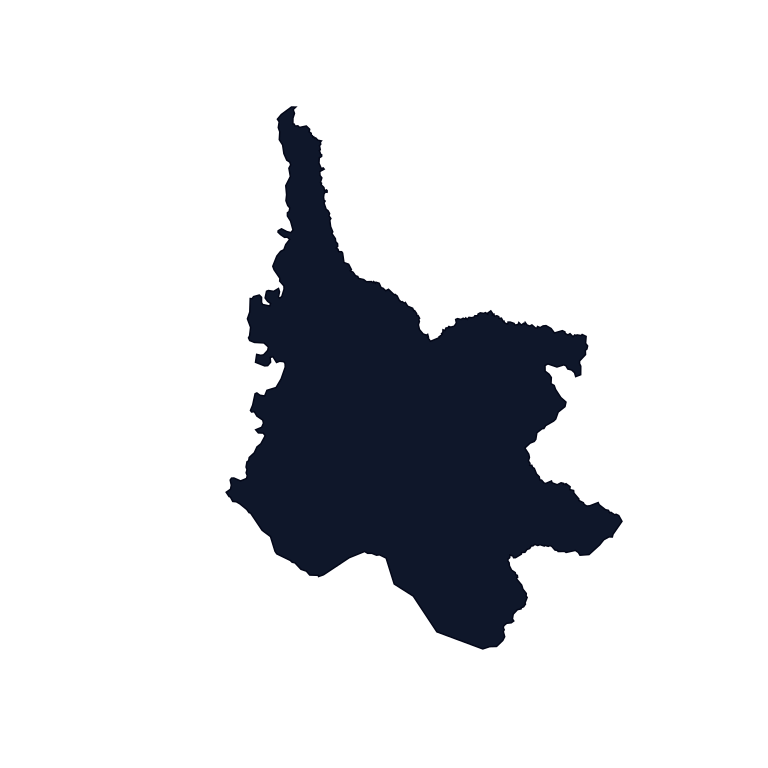 Kasama, Northern, Zambia, rotated 144°
{"feature_id": "96606910B49131847475849", "entity_name": "Kasama", "entity_type": "district", "adm_level": 2, "iso_a3": "ZMB", "parent_name": "Zambia", "parent_adm1": "Northern", "projection": "natural_earth1", "projection_center": [30.808, -10.551], "detail": "fine", "context": "isolated", "style": "filled", "palette": "ink", "viewbox_px": 768, "rotation_deg": 144, "n_neighbors": 0, "source": "geoboundaries", "source_scale": "gbopen_adm2", "svg_char_len": 6171}
<svg xmlns="http://www.w3.org/2000/svg" viewBox="0 0 768 768"><g transform="rotate(144 384 384)"><path d="M292.6,659.9L296.1,662.5L308.7,662.4L314.6,660.9L314.7,657.7L318.8,653.6L320.1,649.3L325.1,643.2L325.5,637.0L329.6,629.2L331.1,622.2L329.8,618.9L330.7,616.1L334.1,614.5L337.8,606.9L346.9,602.2L351.6,594.3L355.6,589.9L357.0,584.9L356.7,581.8L359.4,579.3L361.5,579.3L363.4,576.7L363.8,570.8L367.1,562.1L370.3,561.2L373.0,564.4L375.7,569.8L379.5,570.2L380.5,569.2L379.9,565.7L378.3,561.1L375.9,559.6L375.3,556.4L381.5,554.6L386.1,551.5L389.7,552.1L395.5,550.5L404.8,544.6L405.8,541.0L406.1,530.7L407.9,528.6L407.3,522.2L409.1,519.5L415.2,514.9L418.0,514.7L418.2,516.5L414.3,520.0L413.2,523.3L418.8,523.8L422.6,527.6L424.5,528.1L429.6,523.5L429.6,519.3L428.4,515.8L430.6,514.3L435.5,519.7L435.1,522.0L432.1,526.1L432.6,529.3L438.2,531.4L440.5,530.5L442.0,531.8L450.2,521.2L456.2,517.0L458.6,508.3L464.4,502.0L466.5,501.0L467.1,498.1L464.4,493.8L457.0,487.8L455.8,481.9L458.3,479.6L464.3,478.4L466.9,479.7L469.6,482.8L475.2,477.1L469.9,468.8L467.3,467.2L462.9,468.3L460.5,472.4L457.8,471.4L458.3,464.6L455.0,463.7L451.9,460.9L452.0,458.7L454.0,455.7L464.2,448.6L473.4,444.6L482.4,447.7L487.6,444.5L491.0,447.9L492.1,451.5L494.0,451.9L502.7,444.1L507.6,441.1L507.6,439.2L505.2,437.8L505.7,432.7L503.3,426.1L504.6,423.1L508.4,420.9L514.7,422.4L514.4,418.3L510.6,415.3L510.5,412.0L518.8,408.0L523.7,407.8L529.4,404.6L536.2,403.8L538.6,401.5L540.6,401.6L544.4,397.9L545.2,395.2L547.7,393.2L548.5,390.2L550.8,388.4L557.0,389.9L560.7,396.2L562.7,397.5L564.9,396.7L567.0,391.9L570.0,389.1L575.3,389.2L575.5,384.0L574.7,382.9L575.4,377.9L572.7,375.5L571.0,371.6L568.8,363.2L568.8,359.2L567.8,358.1L568.6,337.2L565.5,327.3L570.5,312.7L570.6,309.6L563.5,296.3L563.1,293.8L561.2,291.7L560.1,282.9L556.8,278.2L556.4,273.1L549.6,267.8L550.1,266.7L545.1,265.2L514.2,263.9L498.1,259.9L496.8,256.7L493.3,254.1L490.7,249.9L488.0,248.4L484.6,241.9L493.3,216.2L485.0,195.2L486.9,152.4L459.8,111.6L452.9,109.4L447.2,105.5L438.6,106.7L434.9,108.6L433.0,113.6L431.2,114.5L430.8,116.6L429.2,118.0L425.4,118.3L421.4,116.0L418.3,116.0L418.2,118.4L414.8,121.8L408.7,123.0L405.3,121.5L404.4,122.3L402.0,121.7L398.9,122.8L398.7,123.9L393.6,127.2L393.7,128.9L392.0,130.9L392.2,136.4L390.8,140.4L391.3,148.2L390.4,149.4L389.6,149.0L388.6,150.8L389.5,152.3L388.7,154.3L390.2,158.4L389.4,163.2L387.8,165.9L387.8,168.0L386.7,169.4L384.4,169.6L382.7,171.7L380.8,169.0L381.3,167.3L379.8,166.2L372.9,165.6L371.8,166.8L368.9,165.0L365.6,166.1L362.9,165.3L359.7,166.5L358.8,165.5L356.2,165.6L354.6,163.0L352.2,162.3L349.6,158.7L348.8,159.0L346.5,156.1L344.6,155.7L343.7,154.0L343.3,149.2L341.6,147.4L341.6,146.1L336.3,142.4L335.7,140.7L327.0,136.9L325.8,133.4L326.1,130.3L318.4,125.5L304.0,127.1L297.8,128.8L291.9,128.1L289.2,126.0L287.1,127.8L272.2,133.0L271.4,139.6L272.8,142.2L274.3,142.6L275.8,146.8L277.1,147.2L276.7,149.9L278.7,152.1L280.9,159.9L280.4,162.2L289.1,164.5L291.7,166.1L292.8,168.8L292.5,170.8L294.8,175.3L293.9,176.5L294.5,184.1L293.2,186.4L295.8,189.4L293.8,191.5L295.0,195.3L295.9,195.6L295.4,196.3L297.9,197.3L297.2,198.1L298.8,200.0L303.1,200.7L306.1,205.3L305.5,207.1L311.7,208.5L312.7,209.8L313.0,213.6L314.3,214.8L312.9,217.8L313.5,221.6L312.0,227.4L312.8,229.1L312.2,231.4L313.9,232.6L312.5,234.1L312.4,236.9L309.5,239.1L308.1,242.2L307.7,249.4L300.6,250.3L296.2,249.2L293.7,250.0L289.0,254.7L282.4,254.9L280.8,254.0L277.7,255.3L268.5,254.3L265.7,254.7L259.6,258.9L250.9,259.3L247.4,262.4L248.9,269.1L248.4,278.7L247.2,282.8L248.7,286.1L244.8,290.9L244.7,295.0L246.1,299.7L242.9,304.3L239.6,303.9L234.1,296.1L227.3,293.8L226.1,291.8L226.5,288.1L224.0,285.1L223.2,281.2L224.6,277.3L219.4,275.9L214.3,282.8L213.8,285.6L212.2,287.7L203.7,289.3L201.3,292.9L199.3,293.0L196.9,295.1L197.0,298.4L192.5,303.7L194.6,307.6L196.0,307.3L199.0,310.3L200.0,310.1L200.8,311.6L203.3,311.1L203.9,315.4L206.4,315.6L207.7,318.4L207.0,319.8L208.3,322.3L216.1,325.1L216.2,330.7L218.6,336.0L221.2,337.5L224.5,337.8L226.0,340.3L227.1,339.4L228.5,340.0L229.6,344.9L232.0,345.2L233.6,347.7L233.6,350.9L235.1,349.9L235.4,351.0L238.3,351.0L238.8,354.5L240.7,353.3L243.4,354.7L243.2,356.6L245.4,359.8L247.3,361.2L248.4,359.9L249.3,360.4L250.5,362.8L250.0,364.3L250.8,364.4L250.3,368.3L252.3,369.3L251.6,371.1L252.6,372.9L254.9,373.9L254.0,375.9L255.7,376.1L254.7,377.2L254.6,380.4L258.5,380.4L259.1,379.6L259.9,382.1L261.8,382.5L264.3,385.0L266.8,385.3L268.1,384.1L270.3,385.8L272.1,385.2L274.2,386.2L276.1,388.0L278.7,387.4L279.0,389.4L280.2,388.9L281.3,390.7L283.8,391.0L286.1,393.7L288.1,394.1L289.6,390.8L293.2,389.5L297.7,391.2L297.2,391.8L297.9,392.5L299.1,391.8L300.9,392.9L303.3,391.4L304.4,393.2L306.2,391.0L307.8,391.0L307.9,389.8L311.8,389.8L311.9,389.0L321.3,391.2L321.3,396.1L320.5,395.8L319.5,398.5L320.9,398.6L322.9,401.4L323.3,407.2L321.4,411.7L318.6,413.8L318.0,415.8L316.6,416.2L316.2,419.4L317.2,420.1L316.2,421.8L316.1,425.4L316.9,425.7L316.3,428.5L319.1,433.0L318.8,437.4L319.9,437.3L320.9,440.0L321.9,440.3L322.4,443.2L321.6,447.5L322.4,450.0L323.3,450.0L324.7,458.0L327.8,458.4L328.5,462.1L329.7,463.6L328.7,468.4L330.7,471.1L331.8,470.6L332.1,472.9L333.3,472.4L333.9,474.2L338.1,477.1L339.0,480.4L342.5,484.4L342.0,486.4L343.4,488.4L343.3,492.6L344.7,495.5L343.1,495.8L342.2,501.7L345.0,505.8L340.5,514.3L340.5,515.9L342.9,517.8L342.0,520.0L342.7,522.1L340.5,522.6L339.1,524.8L339.4,527.6L337.9,530.2L337.7,536.4L336.0,537.2L334.7,542.6L331.6,548.3L329.7,549.1L329.7,552.4L327.8,553.9L327.4,557.1L328.1,559.4L326.1,565.8L324.1,566.6L324.5,567.9L323.2,570.5L321.0,572.9L318.8,573.8L317.4,572.6L316.4,573.7L316.4,574.8L318.5,575.4L317.1,578.3L317.7,582.2L316.5,583.2L316.8,584.6L313.1,587.3L313.2,590.3L311.1,593.6L306.1,593.0L306.2,594.6L308.1,595.1L306.8,600.9L303.4,605.0L300.7,604.8L299.7,606.0L300.2,607.1L299.1,610.9L297.9,610.9L296.1,614.7L294.3,615.1L293.2,617.2L291.8,617.5L294.2,620.1L294.6,623.3L295.7,623.5L295.5,625.3L296.6,625.5L296.0,627.0L296.5,628.3L295.5,629.6L296.3,632.0L294.4,633.8L295.2,638.4L301.5,641.2L301.9,643.5L304.3,644.9L303.9,647.1L304.8,648.0L301.4,652.6L297.4,655.5L296.2,659.4L292.6,659.9Z" fill="#0f172a" stroke="#020617" stroke-width="1.5"/></g></svg>